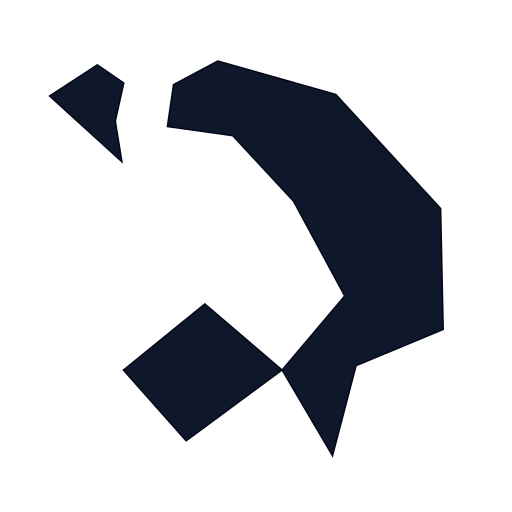 map outline of Hamilton (Natural Earth projection), rotated 84°
{"feature_id": "BMU-5137", "entity_name": "Hamilton", "entity_type": "state/province", "adm_level": 1, "iso_a3": "BMU", "parent_name": "Bermuda", "parent_adm1": "", "projection": "natural_earth1", "projection_center": [-64.722, 32.335], "detail": "fine", "context": "isolated", "style": "filled", "palette": "ink", "viewbox_px": 512, "rotation_deg": 84, "n_neighbors": 0, "source": "natural_earth", "source_scale": "10m", "svg_char_len": 452}
<svg xmlns="http://www.w3.org/2000/svg" viewBox="0 0 512 512"><g transform="rotate(84 256 256)"><path d="M372.1,242.0L305.0,172.0L205.4,213.0L133.9,266.6L118.0,330.6L76.9,320.1L58.1,273.6L103.7,159.7L228.1,67.4L348.6,77.5L375.5,167.9L462.7,200.8L372.1,242.0ZM298.3,311.9L372.1,242.0L432.5,344.8L355.6,399.8L298.3,311.9ZM49.3,393.8L70.2,369.4L107.1,381.8L148.3,379.5L75.3,444.6L49.3,393.8Z" fill="#0f172a" stroke="#020617" stroke-width="1.5"/></g></svg>